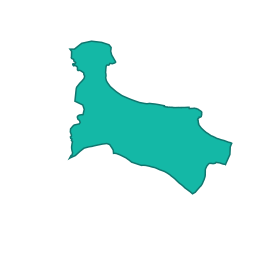 Kota Bengkulu, Bengkulu, Indonesia, rotated 133°
{"feature_id": "22746128B322693337562", "entity_name": "Kota Bengkulu", "entity_type": "district", "adm_level": 2, "iso_a3": "IDN", "parent_name": "Indonesia", "parent_adm1": "Bengkulu", "projection": "robinson", "projection_center": [102.302, -3.836], "detail": "fine", "context": "isolated", "style": "filled", "palette": "teal", "viewbox_px": 256, "rotation_deg": 133, "n_neighbors": 0, "source": "geoboundaries", "source_scale": "gbopen_adm2", "svg_char_len": 4988}
<svg xmlns="http://www.w3.org/2000/svg" viewBox="0 0 256 256"><g transform="rotate(133 128 128)"><path d="M68.4,41.7L68.4,41.8L69.0,43.4L69.7,44.5L70.0,45.1L70.8,47.1L71.6,49.1L72.1,50.0L73.2,52.0L73.8,53.4L74.2,54.3L74.9,55.7L75.1,56.0L75.3,57.0L75.5,57.8L75.8,58.6L76.3,60.3L76.6,61.0L76.8,61.4L77.0,61.9L77.1,62.6L77.2,63.4L77.3,63.9L77.4,64.6L77.5,65.5L77.6,66.1L77.7,66.5L77.8,67.0L77.9,67.4L78.0,67.7L78.0,68.5L78.0,69.1L78.1,69.6L78.1,70.2L78.1,70.7L78.1,71.5L78.1,71.9L78.1,72.2L78.1,72.6L78.1,73.5L78.1,74.0L78.0,74.9L77.9,75.5L77.8,76.1L77.7,76.7L77.6,77.1L77.5,77.6L77.3,78.3L77.2,78.7L77.1,79.0L76.8,79.0L76.3,79.8L76.3,80.1L76.1,80.2L75.5,80.9L74.6,81.9L74.6,82.6L74.4,82.6L73.7,82.9L73.3,83.3L72.9,83.1L72.2,83.0L71.9,83.0L71.5,83.1L71.4,83.2L71.3,82.9L71.1,82.7L70.9,82.7L70.6,82.5L70.1,82.3L69.6,82.3L69.0,82.7L68.3,83.0L67.5,83.6L67.5,83.9L67.0,84.2L66.9,84.3L66.5,84.5L66.3,84.7L66.1,85.0L66.0,85.5L66.0,86.1L66.3,88.0L66.4,88.4L66.5,89.6L67.0,90.7L67.3,91.5L67.5,91.6L67.8,92.2L68.2,92.9L68.3,92.9L68.4,93.0L69.0,93.6L69.3,93.8L70.3,94.8L71.1,95.6L71.6,96.0L72.0,96.5L71.2,97.5L72.3,98.6L74.2,100.4L75.3,101.6L76.5,102.9L76.7,103.1L76.8,103.0L77.7,104.1L78.0,104.4L78.6,105.1L80.9,107.4L81.5,108.1L81.9,108.4L82.5,109.3L82.6,109.2L82.4,109.4L84.5,111.8L84.6,112.0L85.0,112.4L85.6,113.0L85.7,113.3L85.8,113.2L87.6,116.2L86.9,116.6L87.5,117.5L90.3,122.0L91.8,124.2L91.9,124.4L93.8,126.9L95.1,128.7L95.2,128.9L97.4,130.7L98.8,132.7L100.2,134.9L101.6,137.1L102.1,138.3L103.0,140.3L103.9,142.4L105.0,145.0L105.9,147.3L107.0,150.4L107.5,151.8L108.4,154.4L108.6,155.5L109.0,158.0L109.5,161.3L109.6,163.4L109.7,166.1L109.8,168.7L109.8,169.4L109.4,171.3L109.0,173.4L108.3,175.8L107.4,177.3L106.4,178.7L104.9,179.6L103.6,181.0L102.7,182.3L101.1,183.5L100.2,184.3L97.7,186.2L96.2,186.3L95.1,184.9L94.1,185.1L93.1,185.3L91.6,183.2L90.8,182.8L89.3,182.0L88.2,182.0L87.8,183.0L87.3,184.8L86.7,186.6L86.3,187.9L85.8,189.6L84.5,191.7L83.6,193.1L82.1,194.1L80.6,195.3L80.3,197.2L80.1,198.7L80.9,200.4L83.3,205.6L89.4,213.9L97.6,219.6L106.9,221.0L109.9,224.2L110.4,221.5L114.6,217.8L114.9,217.7L115.1,217.6L115.3,217.4L115.4,217.1L115.4,216.9L115.5,216.7L115.4,216.5L115.4,216.1L115.3,215.8L115.0,214.8L114.9,214.6L115.0,214.4L115.3,214.0L115.6,213.6L115.8,213.3L116.0,213.0L116.1,212.7L116.1,212.3L116.0,212.2L115.8,211.6L115.7,211.4L115.7,211.2L115.8,210.9L116.0,210.7L116.4,210.6L116.7,210.6L117.0,210.6L117.4,210.7L117.6,210.7L117.7,210.9L117.8,211.0L118.1,211.5L118.3,211.8L118.5,212.0L118.8,212.0L119.0,211.9L119.3,211.7L119.5,211.1L119.6,210.6L119.6,210.3L119.6,210.1L119.4,209.9L118.8,209.8L118.7,209.8L118.5,209.6L118.4,209.5L118.3,209.3L118.3,209.1L118.0,208.0L118.0,207.8L117.9,207.6L118.0,207.1L118.0,206.8L118.0,206.6L118.1,206.4L118.3,206.2L118.6,205.8L119.2,205.3L119.3,205.3L119.5,205.1L119.7,204.9L119.9,204.6L120.0,204.4L120.0,204.0L120.0,203.7L119.8,203.5L119.6,203.5L119.5,203.4L119.4,203.2L119.1,203.0L118.9,202.8L118.8,202.6L118.7,202.4L118.5,202.0L118.4,201.8L118.4,201.7L118.1,199.9L117.9,198.7L117.8,198.3L117.9,198.1L118.4,197.4L118.5,197.3L118.8,197.0L118.8,196.9L119.0,196.6L119.3,196.0L119.4,195.7L119.5,195.2L121.7,193.9L125.1,193.7L128.2,193.8L132.4,193.4L133.1,193.4L134.5,192.7L136.1,191.5L144.6,185.1L142.0,176.8L144.0,173.1L144.1,172.8L146.7,171.3L148.9,170.0L149.0,170.0L149.7,170.9L151.1,171.9L151.4,172.2L152.2,172.6L152.8,172.7L153.7,172.9L154.1,172.8L154.7,172.4L155.7,170.7L155.6,168.5L156.6,166.7L158.3,166.5L160.5,168.0L162.5,169.4L164.2,169.6L167.8,169.4L170.2,167.5L171.6,164.7L172.7,163.7L172.8,163.7L173.8,164.0L174.6,162.8L174.3,161.6L175.7,160.9L175.9,159.2L176.6,158.8L177.6,158.2L180.1,156.5L181.1,155.6L181.8,154.7L182.4,154.0L183.9,151.6L185.7,150.7L185.9,150.4L186.9,150.9L190.0,150.1L189.3,149.9L184.0,147.7L181.5,147.5L177.7,147.2L175.2,146.8L172.7,146.4L168.5,143.8L165.9,141.7L165.2,141.3L164.4,140.8L161.2,138.6L159.8,137.6L157.1,135.7L153.8,132.9L152.6,130.1L153.7,125.5L154.2,123.8L156.2,121.5L156.4,121.3L156.0,121.0L154.6,119.2L153.1,115.5L152.3,112.8L151.3,109.4L151.2,109.1L150.9,106.6L150.7,105.4L150.5,102.1L148.9,98.6L147.3,95.1L146.4,93.2L146.2,92.7L145.1,91.7L144.3,90.8L143.2,89.4L141.4,86.4L140.2,84.0L138.6,81.3L138.1,79.9L137.6,78.5L137.1,77.0L137.0,76.6L135.9,74.1L135.6,73.4L134.9,71.7L134.1,68.4L133.6,65.2L133.6,63.6L133.4,62.0L133.2,59.2L133.3,55.6L133.3,52.8L133.0,50.3L132.9,47.6L133.0,45.7L132.6,42.6L132.4,40.6L132.2,39.4L132.1,35.9L129.1,35.0L125.1,35.2L124.9,35.2L121.9,35.3L121.6,35.3L120.9,35.2L119.5,35.4L118.4,35.6L117.7,35.8L117.2,36.0L115.3,36.7L113.8,37.2L111.3,38.4L110.6,38.8L109.8,39.4L109.1,40.0L108.3,40.8L107.5,41.4L106.7,42.2L106.0,42.8L105.3,43.3L104.1,43.8L103.3,44.0L102.8,44.2L101.6,44.5L100.7,44.5L100.0,44.6L99.3,44.6L99.2,44.6L98.5,44.4L97.8,43.8L97.1,43.0L96.4,41.9L95.4,40.9L94.0,40.1L93.1,40.2L92.5,39.3L91.0,37.2L89.6,34.0L88.3,32.1L88.2,32.0L88.2,31.8L87.5,32.1L77.9,35.4L72.6,39.9L72.1,40.3L69.9,41.2L68.4,41.7Z" fill="#14b8a6" stroke="#0f766e" stroke-width="1.5"/></g></svg>